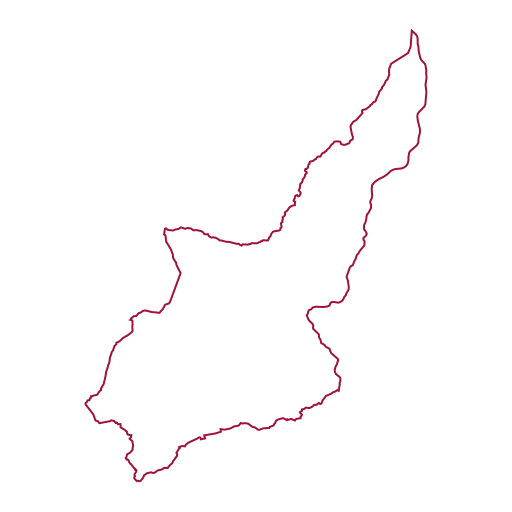 outline of Boisoara, Vâlcea, Romania
{"feature_id": "2599482B73820905312016", "entity_name": "Boisoara", "entity_type": "district", "adm_level": 2, "iso_a3": "ROU", "parent_name": "Romania", "parent_adm1": "Vâlcea", "projection": "albers", "projection_center": [24.415, 45.492], "detail": "fine", "context": "isolated", "style": "outline", "palette": "rose", "viewbox_px": 512, "rotation_deg": 0, "n_neighbors": 0, "source": "geoboundaries", "source_scale": "gbopen_adm2", "svg_char_len": 6075}
<svg xmlns="http://www.w3.org/2000/svg" viewBox="0 0 512 512"><path d="M338.7,390.8L339.7,384.6L339.6,383.0L340.4,381.1L340.2,377.9L339.8,377.2L336.0,374.1L334.9,371.9L334.7,370.2L335.4,367.1L336.6,364.9L338.1,360.4L337.9,359.0L331.2,353.1L330.0,350.6L329.6,348.8L325.7,346.7L324.5,344.9L321.2,343.0L320.6,339.9L319.1,337.6L318.8,334.3L313.3,328.9L313.0,328.1L313.3,325.5L312.3,323.6L309.5,321.0L308.0,318.6L306.8,315.3L307.6,314.0L308.7,310.3L311.0,309.4L312.9,307.4L315.9,306.7L323.4,307.0L326.8,306.6L329.4,305.7L330.3,303.3L331.9,302.0L333.2,301.9L338.4,302.7L341.2,301.5L343.0,299.8L344.4,296.7L345.8,295.3L346.2,293.7L348.6,289.7L348.8,287.1L347.9,280.8L346.6,276.6L349.9,267.3L351.0,266.0L352.7,265.3L354.6,260.6L355.7,258.9L356.8,255.0L358.2,253.7L359.9,250.7L364.3,245.6L364.6,242.0L364.3,240.8L363.5,239.9L363.4,237.9L365.8,235.9L366.7,234.1L366.4,232.6L363.9,228.9L364.1,225.2L365.7,221.6L366.5,217.8L366.5,216.3L367.2,214.2L368.5,212.8L371.0,208.1L371.1,205.0L370.3,202.6L370.5,200.6L371.6,198.7L372.2,195.8L371.7,189.6L372.0,185.2L375.1,181.6L378.9,179.1L383.4,176.9L387.0,174.5L390.7,171.0L392.7,169.9L395.2,169.1L401.6,168.4L403.6,167.7L405.3,166.6L406.9,165.0L407.6,163.7L408.5,160.2L408.4,157.6L409.1,153.1L409.8,151.5L416.6,145.5L417.6,144.1L418.3,142.4L418.6,137.7L419.9,133.0L420.0,131.2L419.9,129.0L417.9,120.9L417.3,116.6L417.6,114.3L418.5,112.5L424.3,106.6L425.3,104.5L426.4,92.4L425.5,84.6L426.5,78.3L426.5,76.0L426.1,73.4L426.3,71.0L425.6,65.7L424.9,63.8L421.4,60.2L420.3,58.0L418.7,51.2L418.4,46.3L417.7,44.1L417.6,38.5L417.2,36.4L416.0,34.5L411.8,30.7L410.6,46.9L408.0,53.1L391.2,63.7L390.4,65.5L390.2,66.7L389.4,67.8L388.9,71.5L389.3,74.5L388.5,76.8L387.7,78.0L387.7,79.2L385.8,80.9L384.1,84.8L382.1,87.1L381.9,88.4L380.7,90.1L379.4,91.3L378.8,93.7L376.3,99.0L375.7,100.8L375.0,101.7L373.5,102.1L371.8,104.3L370.2,105.2L369.9,106.1L366.9,108.5L365.2,109.4L362.5,110.0L362.1,110.4L362.0,112.0L362.5,113.0L356.6,119.8L353.1,121.9L350.9,125.2L350.6,126.1L350.6,127.3L351.8,133.8L352.8,136.7L352.9,138.1L352.6,139.4L350.4,140.5L349.3,143.1L345.2,144.8L342.7,144.7L341.1,144.0L340.4,141.9L339.0,141.5L336.0,141.4L334.3,141.7L333.3,143.2L330.8,145.4L329.5,147.6L327.2,149.6L326.0,151.2L325.1,151.5L324.4,152.6L323.5,152.6L322.1,153.5L320.4,156.5L318.1,156.5L316.9,157.5L315.8,159.2L314.5,159.5L313.5,160.7L310.0,161.7L309.5,162.6L309.6,163.7L308.6,164.4L307.8,167.8L306.3,169.0L305.5,169.0L305.1,169.8L305.0,170.8L306.6,172.2L306.7,173.0L305.1,174.7L304.6,177.1L302.7,179.4L302.6,181.0L301.7,182.7L300.2,184.1L299.8,188.1L298.8,190.4L300.6,192.5L300.4,194.3L299.4,195.8L298.6,196.3L298.1,196.3L297.2,195.1L295.5,195.7L295.1,196.4L294.8,198.1L293.6,200.5L293.7,201.0L295.2,201.8L294.8,203.9L294.9,205.1L291.7,205.9L289.3,207.5L287.2,210.7L285.2,212.1L284.8,213.2L285.2,213.9L285.0,215.0L284.3,216.0L282.6,217.3L282.9,219.3L282.3,220.5L282.5,221.9L280.9,223.3L281.6,226.7L281.3,227.6L280.5,228.0L280.3,229.8L279.2,230.5L274.1,231.3L272.9,231.8L271.3,233.9L270.3,236.5L268.9,237.7L268.7,239.1L267.8,240.5L263.0,240.2L262.5,240.9L261.2,241.1L260.3,242.0L258.9,242.3L257.2,243.3L251.5,243.2L250.5,244.1L249.6,244.0L248.3,244.6L242.6,244.4L241.6,245.6L239.8,244.8L238.7,243.7L236.9,243.9L229.2,241.9L225.8,241.7L222.0,240.6L219.5,240.3L217.5,238.7L215.3,237.7L213.4,237.3L211.8,237.6L210.4,237.1L208.8,236.1L207.9,234.1L206.2,234.4L204.3,234.1L203.3,232.5L201.3,231.1L196.6,230.1L193.3,230.3L190.9,228.4L189.4,228.4L187.9,227.9L185.2,228.8L180.9,227.4L178.6,228.9L175.1,229.6L173.2,230.5L168.1,230.0L166.0,228.5L165.4,228.4L164.9,228.8L164.1,234.5L165.0,234.8L165.6,236.2L166.2,241.7L170.8,249.1L172.8,254.6L173.0,257.2L173.6,258.9L176.0,262.5L176.5,265.1L180.6,273.1L170.0,302.0L168.9,303.4L165.7,304.5L164.6,305.3L164.3,306.5L162.3,309.8L161.2,310.7L159.6,312.8L151.5,312.0L145.1,310.4L142.7,311.0L140.7,312.6L138.8,313.0L136.1,316.1L133.8,316.2L131.1,318.4L130.9,319.8L130.7,319.9L132.3,320.4L132.4,320.8L132.6,324.4L132.3,326.4L132.6,331.0L132.0,331.9L128.0,335.1L122.9,338.0L120.3,340.6L118.3,342.0L116.4,342.7L116.4,344.2L114.4,346.1L113.1,350.3L111.7,352.2L110.8,355.5L110.0,357.1L109.3,362.7L108.1,365.4L107.4,368.5L106.3,371.1L105.4,376.7L103.7,383.9L100.9,388.8L101.1,389.9L99.3,391.5L97.2,394.7L93.3,395.7L92.4,396.2L91.1,396.2L90.8,398.1L89.8,398.5L89.4,400.2L87.6,400.4L86.8,402.0L85.6,403.0L85.5,404.3L93.3,414.4L95.5,420.5L98.1,421.4L99.4,423.2L110.3,421.1L111.2,420.3L114.2,421.0L115.7,423.0L116.8,422.5L117.9,424.2L120.5,424.1L120.6,427.4L124.3,429.6L126.9,431.7L127.5,434.4L130.0,435.2L131.3,435.1L131.1,437.1L129.6,438.8L132.2,441.1L132.5,442.0L133.1,445.8L132.6,447.9L132.6,449.7L130.4,452.4L127.2,454.3L126.2,457.5L125.7,458.0L126.6,459.5L127.1,459.3L128.6,460.3L128.8,461.3L130.0,463.4L131.0,464.1L134.3,468.3L135.2,468.7L135.2,469.9L136.2,470.0L136.4,470.4L136.3,471.5L134.5,474.4L134.5,475.2L135.0,476.2L134.2,477.4L134.5,478.7L136.8,481.1L137.7,480.7L139.7,481.3L140.7,480.7L143.3,477.5L144.0,475.4L146.8,473.3L151.0,472.3L152.5,472.9L154.6,472.8L157.5,470.5L161.8,469.5L164.3,467.8L167.7,468.0L169.2,466.0L172.3,463.0L173.2,460.9L175.3,458.4L175.4,457.7L176.9,456.3L177.2,454.3L176.4,452.9L178.8,448.9L179.8,448.0L179.2,447.0L182.2,446.0L184.9,446.4L186.1,444.4L188.5,442.6L197.0,438.7L198.8,437.5L199.9,437.3L200.6,438.0L200.9,439.3L205.1,438.4L204.2,435.4L215.1,433.5L220.8,431.8L220.6,429.1L224.5,429.7L230.6,428.4L233.9,426.5L238.2,425.7L239.3,425.0L240.7,423.0L242.6,423.6L244.3,423.1L248.0,423.6L252.4,426.8L255.1,427.5L258.0,429.7L259.4,429.8L263.3,428.3L269.3,428.0L269.9,426.9L273.7,425.4L274.3,423.8L275.3,422.9L276.1,420.7L277.5,419.7L280.7,418.7L283.3,418.2L286.6,420.0L287.1,419.4L287.4,419.9L288.1,419.8L291.0,418.9L294.9,420.5L295.5,419.4L296.8,418.8L300.5,418.2L300.7,417.6L300.6,416.6L301.6,415.7L301.9,414.6L300.2,412.9L299.9,412.2L302.0,410.7L301.8,410.0L302.1,409.3L303.8,409.2L306.0,407.6L309.4,408.1L312.2,406.7L314.1,404.9L316.6,404.8L318.8,402.9L320.2,404.0L321.4,403.6L322.5,400.6L325.9,396.0L330.9,393.8L333.0,392.3L335.1,391.6L337.4,390.1L338.7,390.8Z" fill="none" stroke="#9f1239" stroke-width="2"/></svg>